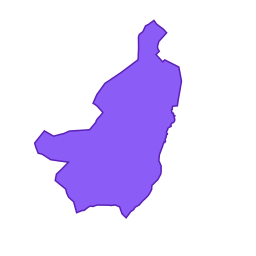 Garun Malam, Kano, Nigeria, rotated 222°
{"feature_id": "59680162B19163785016026", "entity_name": "Garun Malam", "entity_type": "district", "adm_level": 2, "iso_a3": "NGA", "parent_name": "Nigeria", "parent_adm1": "Kano", "projection": "robinson", "projection_center": [8.393, 11.657], "detail": "fine", "context": "isolated", "style": "filled", "palette": "violet", "viewbox_px": 256, "rotation_deg": 222, "n_neighbors": 0, "source": "geoboundaries", "source_scale": "gbopen_adm2", "svg_char_len": 1947}
<svg xmlns="http://www.w3.org/2000/svg" viewBox="0 0 256 256"><g transform="rotate(222 128 128)"><path d="M109.5,30.7L107.1,35.5L105.4,37.6L104.5,43.0L103.5,45.0L101.4,46.3L100.2,48.8L99.0,50.5L97.2,52.0L95.1,53.9L89.7,58.6L89.1,58.7L85.9,62.3L81.5,63.8L75.2,60.3L69.3,60.0L70.0,67.8L69.2,70.9L69.7,74.1L68.2,78.2L68.3,84.0L68.0,86.5L67.8,91.4L68.4,94.7L69.2,98.0L71.8,101.3L71.3,109.6L72.8,115.7L74.1,117.6L76.2,120.0L77.9,121.9L83.2,124.4L86.7,129.0L89.3,135.5L90.3,138.1L91.1,139.5L91.1,140.4L91.5,140.9L92.0,141.6L91.6,142.0L91.0,142.2L91.1,142.8L91.4,143.4L92.0,143.8L92.9,144.5L93.3,146.1L93.8,147.3L94.5,147.8L94.8,148.4L94.5,149.6L94.8,150.1L95.4,150.3L96.3,150.3L96.9,150.9L97.2,151.9L97.2,152.7L97.5,153.3L97.7,153.8L98.2,154.3L98.1,155.1L97.9,156.0L97.5,157.0L97.1,157.8L97.2,158.5L97.6,158.6L98.3,158.7L98.4,159.2L98.5,159.9L98.7,160.5L98.6,161.4L98.1,161.9L98.0,162.5L97.9,163.4L98.1,164.2L98.6,165.3L99.8,166.3L101.1,166.8L101.3,167.9L101.2,168.4L101.7,168.5L102.3,168.3L102.7,167.9L104.0,169.2L104.6,169.3L105.2,168.6L105.8,168.8L106.4,169.4L107.0,169.9L107.8,170.6L107.6,171.5L108.0,172.1L108.6,172.4L109.3,174.0L108.7,174.8L106.2,177.5L109.7,182.8L114.6,190.7L119.6,198.6L131.0,207.3L146.3,203.2L146.4,200.4L156.3,201.3L156.1,206.0L158.4,206.6L160.7,208.3L163.0,213.1L163.0,224.6L168.1,225.1L176.2,224.3L180.7,225.3L181.5,221.7L181.9,219.3L183.3,215.6L182.2,212.1L181.4,209.6L182.2,205.1L181.1,202.6L173.7,194.6L166.2,185.5L170.2,164.8L172.5,155.6L175.0,145.7L173.5,132.0L170.5,123.0L166.1,123.7L157.1,122.8L156.7,118.8L156.9,115.5L156.8,114.5L156.6,112.4L155.7,110.7L155.4,101.2L157.0,99.3L169.5,86.5L171.9,81.1L177.9,72.1L188.2,69.9L187.3,54.4L187.0,54.2L185.8,53.4L183.7,52.1L181.0,50.7L177.9,49.2L177.6,49.3L174.4,51.1L173.6,51.2L164.3,52.7L159.0,56.2L149.4,62.7L149.7,53.4L150.3,45.8L147.2,40.7L146.9,40.3L133.4,40.9L130.0,38.6L125.7,36.8L119.0,36.8L109.5,30.7Z" fill="#8b5cf6" stroke="#5b21b6" stroke-width="1.5"/></g></svg>